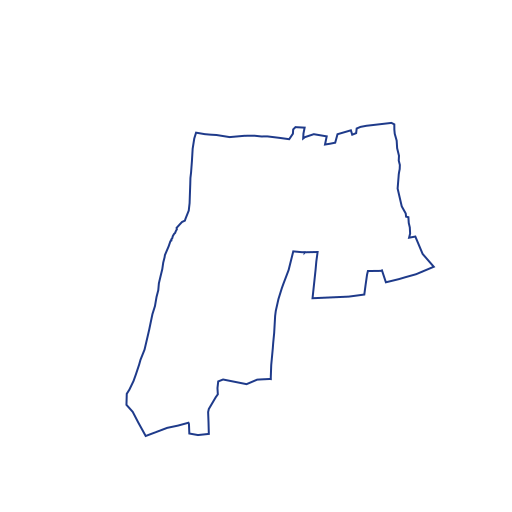 the district of Nukunuku, Tongatapu, Tonga, rotated 63°
{"feature_id": "48082658B69213589871259", "entity_name": "Nukunuku", "entity_type": "district", "adm_level": 2, "iso_a3": "TON", "parent_name": "Tonga", "parent_adm1": "Tongatapu", "projection": "equal_earth", "projection_center": [-175.292, -21.16], "detail": "fine", "context": "isolated", "style": "outline", "palette": "blue", "viewbox_px": 512, "rotation_deg": 63, "n_neighbors": 0, "source": "geoboundaries", "source_scale": "gbopen_adm2", "svg_char_len": 2129}
<svg xmlns="http://www.w3.org/2000/svg" viewBox="0 0 512 512"><g transform="rotate(63 256 256)"><path d="M346.3,102.5L329.8,106.6L311.0,105.2L309.2,111.3L306.0,108.5L300.4,106.0L295.9,104.9L290.6,102.6L289.1,104.4L286.1,103.3L278.0,103.6L276.7,103.3L260.2,99.2L250.3,93.1L248.0,91.7L246.2,90.4L243.8,88.5L240.2,86.5L235.8,85.5L231.6,83.1L224.0,81.3L217.1,78.3L210.1,76.9L206.3,75.4L201.5,73.0L198.9,74.9L191.0,96.1L190.1,98.5L188.4,104.3L188.1,108.4L192.0,111.0L191.6,115.2L187.1,114.4L184.5,128.1L191.0,134.0L189.5,139.3L188.0,143.9L181.5,138.7L173.7,149.2L172.3,158.5L172.7,160.6L168.4,158.1L163.7,154.4L159.3,162.0L159.1,162.3L160.1,165.4L163.8,167.6L167.0,173.4L161.3,181.6L154.5,191.7L151.9,197.0L148.1,202.8L143.7,211.6L138.1,225.5L130.3,236.2L127.2,241.5L124.2,246.3L118.9,253.4L123.2,257.6L131.6,263.7L142.5,270.1L152.2,276.0L156.7,279.0L162.2,282.0L178.8,291.2L185.0,295.3L190.8,301.9L192.2,303.3L192.1,306.5L193.3,309.8L194.9,314.0L196.3,314.4L196.9,315.4L197.7,316.5L198.7,317.5L199.1,318.9L200.5,321.1L202.3,322.7L202.6,323.7L203.2,324.3L203.8,324.4L203.9,325.4L204.2,325.8L207.6,329.3L209.7,331.8L213.8,336.7L215.6,338.0L219.7,341.6L225.2,345.5L230.9,350.4L236.2,354.9L242.1,358.6L247.3,363.2L254.8,368.8L260.7,374.6L266.9,379.6L272.9,384.4L278.5,389.1L288.8,397.8L296.0,406.0L299.9,409.6L306.0,415.8L306.8,416.6L311.8,421.9L317.6,429.5L320.1,433.7L329.8,439.0L338.9,436.6L350.8,436.5L366.3,436.0L368.8,413.2L371.7,402.5L373.9,391.9L375.2,392.0L383.9,396.0L389.2,389.0L393.1,378.8L382.6,373.8L373.3,369.5L370.9,367.5L363.5,355.9L361.9,352.8L356.2,350.3L350.6,346.6L351.1,341.4L365.9,322.6L366.7,311.1L368.3,307.4L371.9,299.4L372.4,298.7L370.6,297.8L360.0,291.9L352.6,287.2L345.8,282.9L341.2,280.1L332.9,274.8L318.0,266.1L313.9,263.3L304.5,255.5L296.3,247.5L293.3,244.3L288.4,238.9L283.3,233.3L268.8,220.7L273.5,213.3L274.7,210.8L275.0,211.0L274.9,210.7L280.4,199.3L288.2,204.7L295.2,209.1L319.3,224.8L334.3,191.8L337.2,183.6L339.5,177.0L331.4,171.4L323.0,165.5L320.2,163.1L325.9,151.6L326.0,150.3L338.4,152.2L341.5,139.1L342.7,132.6L344.9,121.7L346.3,102.5Z" fill="none" stroke="#1e3a8a" stroke-width="2"/></g></svg>